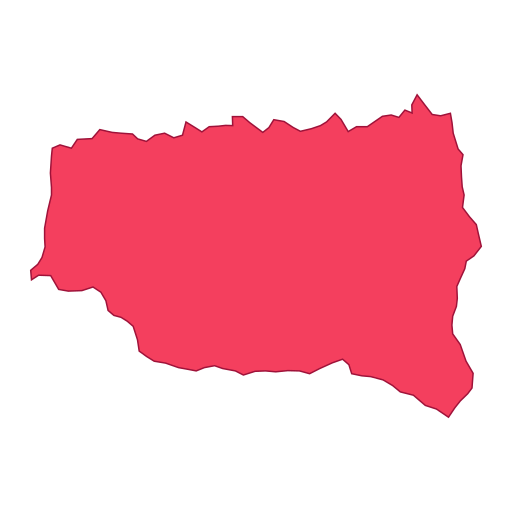 São João de Iracema, São Paulo, Brazil
{"feature_id": "56859067B93293493081194", "entity_name": "São João de Iracema", "entity_type": "district", "adm_level": 2, "iso_a3": "BRA", "parent_name": "Brazil", "parent_adm1": "São Paulo", "projection": "orthographic", "projection_center": [-50.356, -20.525], "detail": "fine", "context": "isolated", "style": "filled", "palette": "rose", "viewbox_px": 512, "rotation_deg": 0, "n_neighbors": 0, "source": "geoboundaries", "source_scale": "gbopen_adm2", "svg_char_len": 1775}
<svg xmlns="http://www.w3.org/2000/svg" viewBox="0 0 512 512"><path d="M232.4,116.6L232.7,125.6L225.5,125.4L218.4,126.2L209.2,126.7L201.9,131.9L195.1,127.6L186.0,122.0L182.5,135.2L173.8,137.8L164.6,133.2L154.9,135.2L146.4,141.4L137.7,138.9L132.5,134.0L121.0,133.2L112.2,132.4L99.8,129.6L92.1,138.6L77.3,139.4L71.4,148.2L60.0,144.9L52.3,148.2L51.5,156.0L50.4,173.1L51.5,187.6L51.5,195.0L47.7,210.8L44.6,228.2L44.6,238.6L45.1,246.9L42.0,257.5L37.8,264.3L30.7,270.3L31.5,279.8L38.6,275.2L50.7,275.6L58.7,289.4L68.3,291.1L81.9,290.6L93.0,287.0L100.9,292.2L105.9,300.7L108.1,310.5L113.9,315.4L121.0,317.3L127.1,321.1L133.2,326.3L137.5,339.8L139.2,351.1L146.5,356.4L154.2,361.2L165.6,363.1L178.5,367.6L187.9,369.3L196.2,370.9L204.4,367.6L214.6,365.7L222.6,368.5L235.4,370.9L243.4,375.0L255.1,371.3L265.5,370.9L275.7,371.8L287.8,370.6L299.5,370.9L309.6,373.7L319.8,368.5L332.4,362.8L342.6,359.2L348.9,364.7L351.7,373.7L361.8,375.8L370.7,376.6L383.1,379.9L392.7,385.6L400.3,391.9L413.4,395.2L425.3,405.4L436.4,409.0L448.5,417.2L454.9,407.7L460.3,400.9L467.7,393.7L472.0,388.0L473.1,373.3L466.0,361.1L460.2,344.5L452.7,333.9L451.9,325.1L452.7,316.2L456.4,306.4L457.3,298.4L456.8,286.5L460.2,278.8L464.8,268.7L466.3,261.1L473.9,255.9L481.3,246.4L478.2,233.1L476.3,224.6L469.5,216.8L462.5,207.5L464.1,195.0L462.2,186.8L461.5,177.1L461.0,165.8L463.0,154.7L458.1,149.0L453.2,133.2L452.0,122.6L450.4,113.3L440.6,115.8L432.2,114.5L424.6,104.7L417.1,94.8L411.8,104.9L412.1,113.0L404.9,110.1L398.9,117.4L391.2,115.0L382.4,116.3L367.3,126.7L356.5,126.7L348.2,131.6L341.0,119.4L335.1,113.3L326.6,121.9L320.5,125.6L311.4,128.7L300.4,131.3L293.2,127.5L284.1,121.5L273.8,119.7L268.9,127.6L262.8,132.4L249.8,122.7L242.7,116.6L232.4,116.6Z" fill="#f43f5e" stroke="#9f1239" stroke-width="1.5"/></svg>